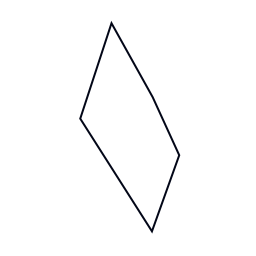 outline of Naga, rotated 79°
{"feature_id": "PHL-5536", "entity_name": "Naga", "entity_type": "Independent Component City", "adm_level": 1, "iso_a3": "PHL", "parent_name": "Philippines", "parent_adm1": "", "projection": "mercator", "projection_center": [123.259, 13.616], "detail": "fine", "context": "isolated", "style": "outline", "palette": "ink", "viewbox_px": 256, "rotation_deg": 79, "n_neighbors": 0, "source": "natural_earth", "source_scale": "10m", "svg_char_len": 233}
<svg xmlns="http://www.w3.org/2000/svg" viewBox="0 0 256 256"><g transform="rotate(79 128 128)"><path d="M164.5,82.9L234.0,124.2L109.7,173.1L22.0,124.2L102.4,97.9L164.5,82.9Z" fill="none" stroke="#020617" stroke-width="2"/></g></svg>